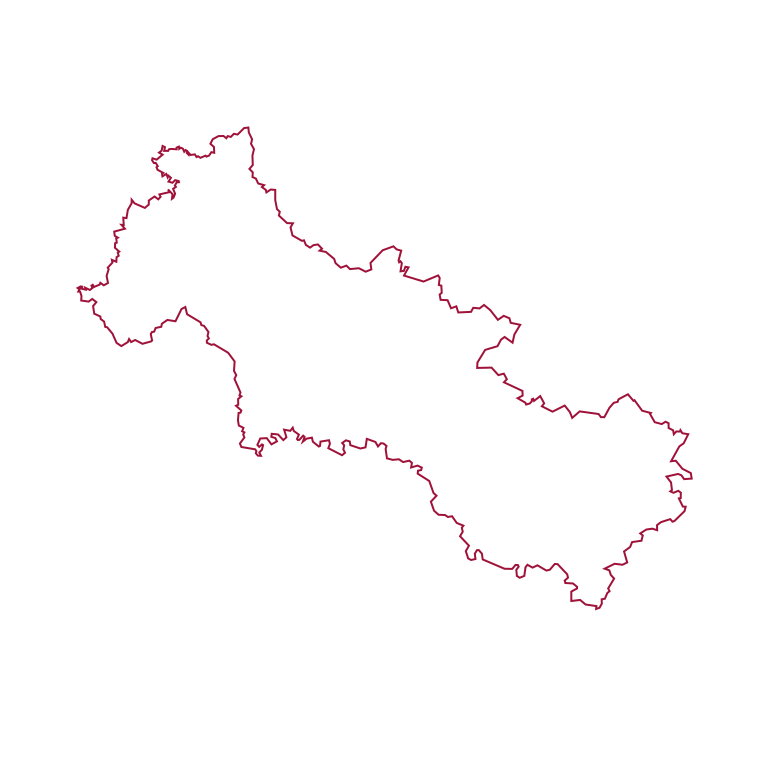 outline of Joe Gqabi, Eastern Cape, South Africa, rotated 215°
{"feature_id": "47623444B23123045321242", "entity_name": "Joe Gqabi", "entity_type": "district", "adm_level": 2, "iso_a3": "ZAF", "parent_name": "South Africa", "parent_adm1": "Eastern Cape", "projection": "robinson", "projection_center": [27.656, -30.899], "detail": "fine", "context": "isolated", "style": "outline", "palette": "rose", "viewbox_px": 768, "rotation_deg": 215, "n_neighbors": 0, "source": "geoboundaries", "source_scale": "gbopen_adm2", "svg_char_len": 6104}
<svg xmlns="http://www.w3.org/2000/svg" viewBox="0 0 768 768"><g transform="rotate(215 384 384)"><path d="M620.9,264.4L617.9,271.4L618.6,274.6L615.2,273.3L613.1,277.3L604.9,278.4L599.2,285.3L598.9,286.6L603.7,291.1L603.9,293.4L602.3,295.1L603.2,298.9L599.3,303.1L600.5,306.0L598.2,312.2L590.8,315.8L592.9,329.3L590.9,333.1L585.3,328.2L569.7,329.3L567.4,327.5L564.7,328.4L557.6,325.9L556.1,322.1L553.6,320.9L554.1,318.0L552.7,316.2L547.8,317.1L546.1,319.0L529.6,320.2L519.3,316.8L514.4,308.7L510.1,306.5L509.4,302.4L496.7,294.7L495.8,291.7L493.8,292.1L494.9,288.0L491.5,283.4L492.7,281.3L485.7,280.5L485.1,278.2L486.5,276.9L482.9,270.6L479.1,266.7L474.0,267.5L473.1,263.9L470.6,264.3L470.4,261.9L467.7,260.1L467.9,252.6L464.7,250.6L452.1,256.6L450.1,255.9L449.2,253.7L446.2,253.0L443.6,254.6L446.9,256.4L446.3,260.1L448.0,264.6L449.3,264.5L450.2,260.9L452.8,261.5L454.1,268.4L449.0,272.4L441.6,270.0L438.8,275.6L442.0,277.4L446.0,276.1L447.4,278.8L441.8,281.9L434.3,280.3L433.4,284.4L439.6,289.3L433.9,291.9L433.7,295.9L431.0,293.8L424.7,293.7L423.7,289.0L422.5,288.7L421.3,289.7L420.6,295.3L418.7,295.1L417.4,290.2L416.1,294.8L412.3,298.7L409.1,295.9L401.5,295.4L400.9,296.6L403.0,300.4L396.8,306.4L394.0,304.0L392.8,299.5L377.5,301.6L376.5,305.3L379.8,307.1L381.5,311.0L384.4,311.7L382.9,316.0L379.1,317.3L376.5,314.6L366.4,317.6L362.8,321.5L366.6,329.2L357.8,331.6L353.1,329.4L352.6,333.7L350.2,335.0L346.4,334.7L345.4,331.7L338.9,324.8L333.3,326.9L328.6,330.9L323.6,331.0L319.3,335.7L315.9,335.4L313.9,331.2L309.7,336.4L305.1,337.2L304.2,334.8L306.4,332.5L305.0,329.9L291.3,330.5L280.9,323.1L276.9,322.6L278.1,314.5L270.3,308.9L264.3,308.2L258.8,311.7L255.4,311.7L252.4,314.7L244.7,311.9L237.7,313.5L237.8,310.9L234.8,308.2L234.4,302.9L221.7,300.3L221.1,294.0L215.0,289.4L211.7,289.8L208.7,293.1L212.3,297.1L212.5,301.3L211.1,302.3L206.5,301.2L202.5,296.9L179.3,301.8L172.9,306.1L172.5,311.2L170.5,312.5L168.9,311.6L169.1,307.8L165.1,303.0L161.7,303.1L159.0,307.3L163.0,315.1L162.8,318.2L157.0,318.8L154.3,323.5L144.0,324.3L141.6,327.0L140.9,334.5L138.5,336.0L124.8,333.2L122.2,330.9L123.2,326.6L121.3,325.0L114.8,329.0L109.5,328.6L108.6,327.2L111.5,321.4L106.1,313.7L99.5,319.6L92.4,319.0L82.6,323.9L81.2,321.4L79.1,324.3L79.6,329.0L82.2,332.5L79.9,334.8L81.2,340.9L80.4,343.7L83.1,345.1L83.9,356.6L88.7,357.7L92.5,360.6L97.3,359.3L92.0,369.0L85.0,372.7L82.4,377.3L91.3,384.5L88.9,391.7L90.1,396.8L83.2,403.3L85.2,408.4L88.4,408.6L85.6,415.3L81.2,419.4L76.4,420.9L79.4,425.0L77.9,429.7L72.0,437.5L68.7,436.7L67.5,438.4L64.9,452.2L66.5,456.5L68.9,455.0L76.8,459.4L75.5,460.7L78.5,465.2L81.7,465.3L84.5,460.9L87.9,460.3L87.3,462.3L92.4,468.0L99.5,470.2L91.5,479.0L88.0,479.8L83.6,478.2L77.7,483.0L81.6,487.0L90.9,485.7L101.0,488.5L104.5,485.4L106.3,502.3L104.5,507.3L106.0,517.4L111.3,514.8L114.7,516.2L114.3,514.8L117.3,512.8L117.8,509.1L120.6,511.9L125.6,511.2L128.4,515.1L131.7,514.6L133.5,510.5L140.3,508.0L149.0,512.1L148.8,513.3L157.2,510.2L169.5,514.4L170.0,513.3L178.3,515.5L183.1,506.0L182.4,503.4L185.0,500.4L185.7,493.9L184.5,483.2L187.3,481.3L191.0,482.5L208.0,473.8L210.4,464.2L215.6,467.6L223.6,470.0L230.1,458.0L241.9,456.3L241.7,460.0L249.1,463.7L251.4,456.2L253.3,457.5L254.1,456.2L253.0,454.6L253.4,451.7L255.8,448.7L257.4,449.8L266.4,449.0L263.8,454.0L266.6,457.7L286.7,454.2L286.1,458.4L291.8,461.2L295.4,456.9L305.3,459.1L316.9,450.6L319.8,455.2L320.7,470.0L312.7,480.1L313.6,487.4L312.2,491.7L302.4,491.6L305.6,499.3L306.4,510.6L315.3,506.8L319.0,509.8L325.0,508.5L327.5,501.9L339.4,505.5L347.4,506.1L349.1,500.7L354.6,497.6L354.1,493.0L364.2,485.2L369.3,489.1L372.5,484.5L380.0,489.1L385.9,485.4L389.7,489.2L389.0,491.8L393.4,497.4L395.9,496.6L399.2,502.8L401.9,504.0L410.4,490.6L429.8,484.3L430.8,493.6L433.7,492.3L432.6,488.0L435.1,485.8L438.7,493.2L440.9,494.0L441.4,492.4L442.9,493.5L446.4,503.1L450.9,501.5L455.2,502.2L461.8,492.8L464.5,475.4L460.1,470.6L463.4,465.5L471.0,464.4L477.8,458.6L482.7,459.4L486.1,454.5L493.0,455.2L496.6,457.9L507.4,458.8L513.2,456.3L512.4,459.3L518.2,460.4L521.4,457.3L522.8,453.3L527.7,453.1L532.0,455.8L533.3,454.2L544.2,453.2L550.4,458.7L550.8,463.4L555.7,460.2L566.7,461.7L568.2,465.3L572.0,465.9L578.6,472.3L584.4,480.6L588.3,478.4L590.2,473.5L592.1,475.2L597.0,475.3L596.3,478.1L602.1,476.1L606.8,478.8L610.4,478.1L612.9,482.1L617.6,483.0L617.1,488.1L622.8,495.7L625.2,501.8L630.7,504.5L632.4,508.8L639.0,512.5L642.2,516.3L645.4,513.4L647.0,504.4L650.5,502.8L651.2,498.6L654.2,497.4L654.1,494.9L657.7,495.1L661.8,492.1L664.7,486.3L664.0,481.2L659.2,480.6L655.7,476.0L658.4,474.9L658.3,470.8L659.9,468.4L661.2,468.7L664.1,464.0L667.0,463.9L667.7,462.4L670.6,463.6L673.8,460.7L676.5,461.3L675.6,459.7L678.2,460.2L679.0,462.0L680.8,461.8L680.9,459.7L683.7,461.4L686.0,461.0L686.6,459.1L688.1,460.8L689.5,458.7L688.5,457.3L693.2,454.5L694.8,452.8L694.5,451.2L697.8,448.9L699.3,452.4L701.9,452.0L700.0,447.7L701.0,444.5L696.9,444.9L698.9,437.4L703.1,436.1L702.4,434.3L699.2,433.0L697.8,434.2L694.3,432.7L694.7,431.1L692.4,429.6L685.9,430.3L686.5,429.0L684.6,427.0L682.8,431.2L679.7,429.2L680.1,431.0L676.8,430.7L676.6,426.2L672.7,427.5L672.0,431.2L668.6,432.5L667.7,431.7L669.5,430.2L669.1,426.6L667.5,426.1L668.7,422.9L664.3,420.1L663.3,416.0L663.9,414.1L666.1,418.2L672.4,419.5L669.9,418.0L676.7,410.5L674.4,409.2L674.8,405.8L679.5,406.0L681.9,399.4L679.6,396.0L680.9,391.1L691.8,388.9L696.4,390.2L694.4,387.3L693.7,379.7L690.1,372.2L693.0,370.7L688.4,365.0L690.4,363.8L685.3,362.6L692.4,354.1L689.6,351.0L686.0,351.2L686.9,349.7L684.0,346.5L685.0,345.1L682.6,341.3L676.8,340.6L677.5,339.0L674.9,336.9L675.8,334.5L673.4,330.6L678.1,329.6L676.1,327.7L677.0,320.8L675.4,320.1L673.2,313.4L668.0,308.4L670.2,304.1L674.4,304.2L673.9,302.4L677.1,297.3L679.5,298.2L680.0,296.7L677.9,295.5L678.9,292.3L684.0,291.5L682.4,290.2L689.1,287.5L686.3,290.9L688.5,289.9L690.0,286.9L687.8,286.8L687.4,284.4L686.0,285.4L682.3,282.6L679.9,278.7L673.2,282.1L671.8,286.3L666.6,286.1L667.0,281.0L661.7,275.4L655.1,276.6L653.3,274.7L649.1,274.6L645.1,270.9L643.4,271.7L635.3,269.5L626.7,264.3L620.9,264.4Z" fill="none" stroke="#9f1239" stroke-width="2"/></g></svg>